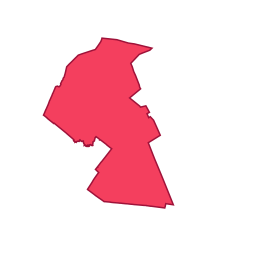 outline of Maureni, Caras-Severin, Romania, rotated 318°
{"feature_id": "2599482B93688021028520", "entity_name": "Maureni", "entity_type": "district", "adm_level": 2, "iso_a3": "ROU", "parent_name": "Romania", "parent_adm1": "Caras-Severin", "projection": "equal_earth", "projection_center": [21.478, 45.422], "detail": "fine", "context": "isolated", "style": "filled", "palette": "rose", "viewbox_px": 256, "rotation_deg": 318, "n_neighbors": 0, "source": "geoboundaries", "source_scale": "gbopen_adm2", "svg_char_len": 4267}
<svg xmlns="http://www.w3.org/2000/svg" viewBox="0 0 256 256"><g transform="rotate(318 128 128)"><path d="M185.1,65.1L178.8,54.9L168.8,43.8L167.8,44.5L165.6,45.6L161.3,46.7L156.3,47.8L155.5,47.5L154.1,46.8L143.0,41.9L139.8,40.6L135.2,40.8L129.8,41.1L126.7,41.2L123.4,41.5L118.0,45.3L114.3,47.6L114.2,47.6L113.8,47.5L113.3,47.6L112.9,47.8L112.3,48.3L112.0,48.5L111.7,48.6L111.3,48.7L110.9,48.7L110.6,48.7L110.3,48.8L109.5,49.2L109.4,49.3L109.1,49.4L108.8,49.5L108.2,49.7L108.0,49.8L107.9,49.9L107.8,50.0L107.6,50.0L107.5,50.3L107.3,50.7L106.8,50.9L106.1,51.1L105.2,51.3L104.8,51.3L104.5,51.3L104.3,51.2L104.2,51.1L104.1,50.8L103.7,50.0L103.7,49.8L103.2,49.6L103.0,49.4L102.6,49.1L102.3,49.0L102.1,49.1L101.7,49.0L101.1,49.2L100.7,49.4L100.4,49.6L95.7,51.8L94.6,52.2L93.4,52.9L90.4,54.2L89.8,54.5L88.9,54.9L87.6,55.4L87.0,55.8L86.6,56.0L84.7,57.0L83.2,57.7L82.5,58.0L80.3,59.0L79.9,59.2L79.2,59.4L75.2,61.3L73.8,61.9L73.9,62.3L74.1,63.3L74.3,64.3L74.3,64.6L74.6,66.1L74.6,66.3L74.5,66.5L74.5,66.8L74.6,67.5L75.8,74.9L76.3,74.9L78.4,88.4L79.4,96.2L79.5,97.1L79.7,98.6L79.9,100.6L79.7,100.8L79.6,100.7L79.4,100.6L79.1,100.9L79.1,101.0L79.0,101.3L79.0,101.5L79.2,101.9L79.3,102.1L79.3,102.3L79.3,102.5L79.2,102.7L79.1,102.8L79.0,103.0L79.3,103.0L79.5,103.0L79.6,103.3L79.6,103.5L79.8,103.6L80.0,103.5L80.3,103.5L80.4,103.8L80.3,104.0L80.5,104.0L80.7,103.9L80.9,103.9L81.0,103.9L81.5,104.0L81.9,104.3L82.1,104.6L82.5,104.7L82.6,104.8L82.6,105.1L82.7,105.3L82.8,105.3L83.4,104.9L83.5,104.8L83.8,104.6L84.4,104.6L84.4,104.8L84.1,105.0L83.9,105.3L83.9,105.5L84.4,105.8L84.5,106.0L84.4,106.2L84.5,106.8L84.6,107.0L84.8,107.2L85.0,107.2L85.2,107.3L85.4,107.4L85.6,107.4L86.1,107.7L86.1,107.9L86.0,108.0L85.5,108.4L85.4,108.5L85.3,108.9L85.3,109.0L85.1,109.4L85.0,109.5L84.8,109.7L84.8,109.8L84.9,110.1L84.9,110.3L84.8,110.5L84.6,110.8L84.4,111.0L84.2,111.3L83.9,111.5L83.7,111.7L84.0,111.8L84.5,111.9L84.8,112.0L85.0,112.4L85.0,112.6L84.9,112.8L84.7,113.1L84.5,113.3L84.6,113.5L84.8,113.6L84.9,113.9L85.0,114.0L85.2,114.4L85.4,114.5L85.5,114.5L85.7,114.4L85.7,114.1L85.8,113.9L86.0,113.7L86.6,113.7L86.8,114.0L86.7,114.3L86.5,114.5L86.4,114.5L86.2,114.8L86.2,115.0L86.3,115.1L86.5,115.5L87.0,115.6L87.3,115.6L87.5,115.4L87.5,114.9L87.6,114.7L87.8,114.6L88.0,114.6L88.1,114.8L88.3,115.1L89.0,115.2L89.1,115.3L89.2,115.5L89.1,116.2L89.3,116.4L89.5,116.5L89.5,116.9L89.5,117.1L89.9,117.3L89.9,117.2L90.2,117.2L90.3,117.2L90.7,116.7L90.8,116.6L91.1,116.4L91.3,116.3L91.4,116.2L91.6,116.0L91.6,115.9L91.7,115.6L91.9,115.5L92.1,115.4L92.4,115.3L92.4,115.2L92.5,115.1L92.7,114.9L93.0,114.9L93.4,115.1L93.5,115.1L93.8,115.0L94.4,115.1L94.5,115.1L94.7,114.9L94.8,114.8L94.8,114.6L95.5,114.2L95.9,114.1L96.3,113.7L96.5,113.6L96.6,113.4L96.8,113.3L96.9,113.2L97.0,113.2L97.4,113.3L97.5,113.3L97.6,113.2L97.8,113.1L98.4,113.0L98.5,113.0L98.7,114.2L99.0,115.5L99.2,117.0L99.5,118.4L99.4,118.4L99.6,118.6L100.2,121.7L101.0,126.1L100.9,126.4L101.5,129.9L102.0,132.5L90.9,134.5L87.9,135.0L86.3,135.3L85.0,135.4L80.9,136.2L79.6,136.4L79.0,136.5L79.0,136.8L78.8,136.7L78.5,136.7L78.3,136.7L78.1,136.7L77.9,136.7L76.8,136.9L76.1,137.0L76.4,141.5L74.7,141.8L73.7,142.0L69.3,143.0L67.8,143.4L67.4,143.5L65.0,144.3L64.2,144.5L62.4,145.0L61.3,145.3L56.8,146.5L56.8,146.9L57.0,147.7L57.8,151.7L58.2,153.7L58.5,155.4L58.7,156.7L59.0,157.8L59.6,160.6L60.0,162.2L60.7,165.3L61.0,166.8L61.3,167.0L65.3,171.3L65.5,171.7L66.9,173.3L70.7,177.3L71.2,177.9L72.2,178.9L72.5,179.2L72.7,179.4L73.3,180.2L73.5,180.4L73.6,180.5L73.9,180.8L74.4,181.4L74.8,181.8L75.6,182.7L75.9,183.0L76.6,183.7L76.8,183.9L78.3,185.6L79.0,186.4L79.2,186.6L80.4,187.9L81.5,189.2L82.3,190.0L86.6,194.6L87.7,195.8L88.8,196.9L89.8,197.9L89.8,198.1L90.8,199.2L92.3,201.1L92.5,201.2L92.7,201.4L101.2,211.3L101.7,211.8L101.8,212.0L103.0,211.3L103.2,211.2L103.8,210.7L105.5,209.5L106.0,210.2L106.6,210.9L107.5,212.0L109.9,214.9L110.3,215.4L116.7,197.9L120.4,187.7L124.1,177.3L127.1,168.7L133.2,152.5L147.1,155.0L149.7,147.1L152.2,139.3L152.1,134.5L150.3,134.2L151.7,130.1L154.4,130.7L156.1,123.5L151.2,120.8L151.4,119.8L149.3,106.7L163.6,107.3L163.9,105.6L165.1,103.6L168.7,94.1L170.0,89.9L172.2,85.2L173.3,81.8L185.6,80.8L189.0,82.0L196.3,84.8L199.2,84.7L189.1,69.9L185.1,65.1Z" fill="#f43f5e" stroke="#9f1239" stroke-width="1.5"/></g></svg>